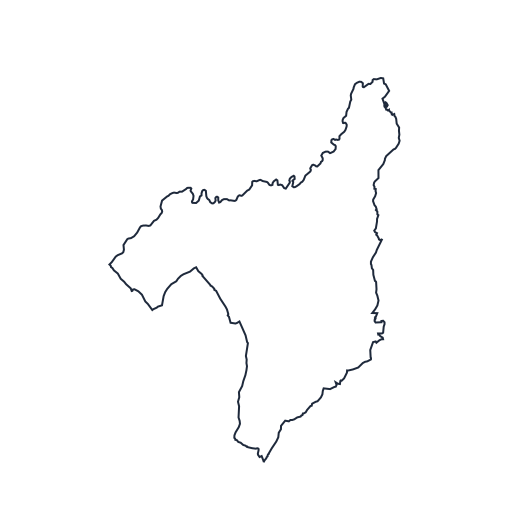 outline of Brosteni, Mehedinti, Romania, rotated 282°
{"feature_id": "2599482B37322909384444", "entity_name": "Brosteni", "entity_type": "district", "adm_level": 2, "iso_a3": "ROU", "parent_name": "Romania", "parent_adm1": "Mehedinti", "projection": "natural_earth1", "projection_center": [22.98, 44.752], "detail": "fine", "context": "isolated", "style": "outline", "palette": "slate", "viewbox_px": 512, "rotation_deg": 282, "n_neighbors": 0, "source": "geoboundaries", "source_scale": "gbopen_adm2", "svg_char_len": 6123}
<svg xmlns="http://www.w3.org/2000/svg" viewBox="0 0 512 512"><g transform="rotate(282 256 256)"><path d="M456.2,343.5L456.1,341.1L453.9,337.4L453.5,334.4L452.4,333.5L450.6,333.8L448.0,332.1L447.8,330.3L443.5,326.4L443.6,325.4L444.0,325.1L447.2,324.6L448.2,322.8L448.0,320.9L446.4,318.7L444.6,317.1L441.1,316.5L439.8,316.6L434.5,315.3L432.8,315.3L428.7,316.7L426.7,316.1L420.2,316.1L419.3,315.4L415.8,314.6L411.9,315.0L409.2,312.9L407.4,312.5L406.0,312.6L404.2,313.5L404.2,314.1L404.9,315.4L404.5,316.4L403.1,317.5L401.5,317.7L398.0,317.3L395.9,316.5L392.8,314.0L390.5,312.7L388.0,313.3L387.1,313.0L386.5,311.7L386.6,310.1L386.0,309.2L386.6,307.5L385.9,306.2L385.0,305.7L382.7,306.0L381.1,309.0L380.9,310.3L380.0,311.2L377.2,311.6L374.3,310.2L372.2,307.4L372.0,307.0L373.0,305.0L373.0,304.2L372.5,302.3L370.7,299.9L367.8,299.0L365.5,300.9L363.7,301.3L362.6,301.0L361.6,300.0L359.9,299.8L356.3,297.3L356.2,296.2L356.8,295.2L357.2,293.0L356.5,292.0L353.3,290.9L352.7,290.9L351.6,291.8L350.0,291.6L344.9,287.6L340.3,286.8L338.2,285.8L337.3,284.7L335.3,283.6L332.6,281.1L331.5,279.8L331.1,278.7L331.8,277.0L335.7,277.1L336.4,276.9L336.8,276.1L337.3,276.0L339.4,277.8L341.8,277.1L342.3,276.2L340.7,274.3L338.7,273.0L336.7,272.9L336.1,273.5L334.8,273.8L328.1,271.1L328.3,269.4L330.7,266.9L330.9,264.9L330.1,263.5L330.2,262.6L334.4,261.2L335.0,259.8L332.7,257.8L330.7,257.1L329.0,257.3L328.2,256.0L328.3,254.4L330.3,252.2L330.7,251.2L330.7,247.0L331.4,244.6L331.1,243.7L329.2,241.1L329.1,238.7L328.4,237.3L327.7,236.9L324.3,237.5L319.6,235.6L318.1,233.8L312.3,230.0L311.8,229.1L312.0,227.4L311.4,226.5L310.2,225.8L306.7,225.1L305.8,224.3L305.4,223.5L305.2,219.7L304.8,218.1L305.6,215.7L305.0,212.9L303.7,211.2L301.3,209.9L300.6,208.8L302.6,207.5L305.4,206.9L305.9,205.7L305.8,205.3L305.6,204.9L304.2,204.2L301.8,205.0L300.2,204.5L298.7,203.4L298.3,202.2L299.1,200.1L301.1,198.6L301.8,196.9L302.6,196.0L304.1,195.0L309.3,193.4L310.0,191.9L309.6,190.7L308.4,189.9L306.0,189.7L303.9,190.1L302.6,188.8L298.3,188.5L295.4,186.4L294.8,182.9L295.0,182.4L296.1,182.0L298.3,182.7L301.8,182.4L303.7,181.3L305.7,178.8L306.3,178.4L308.5,178.7L309.1,177.9L308.5,175.1L308.1,174.4L307.0,173.7L303.5,170.2L303.0,167.8L301.6,166.5L301.1,165.4L301.0,162.7L300.3,161.3L298.6,159.1L296.7,157.9L295.8,156.7L290.7,152.6L284.6,152.3L282.5,153.1L281.4,154.4L279.9,155.0L278.2,154.7L276.9,153.8L272.9,152.4L270.8,151.1L269.2,148.9L263.9,146.3L263.1,144.8L263.0,142.1L262.3,139.3L261.3,137.4L259.9,136.6L254.2,134.9L250.0,132.7L247.5,130.0L246.5,127.5L245.7,126.6L239.2,124.1L234.7,125.5L232.2,125.4L230.8,124.5L228.0,120.5L226.2,118.9L220.0,116.2L217.2,114.4L216.3,115.9L215.0,116.5L214.4,118.0L212.4,120.0L210.1,124.5L205.6,128.4L203.4,132.4L201.4,134.8L198.3,140.2L195.9,141.7L196.2,142.3L197.7,142.7L198.2,144.0L197.0,148.3L194.4,152.5L188.5,157.2L186.6,160.2L181.6,165.8L182.6,166.6L184.8,169.6L186.1,170.6L188.2,174.3L197.6,174.0L201.9,174.7L205.4,176.0L210.8,179.0L214.7,183.3L217.5,184.4L220.9,186.6L223.1,188.9L227.0,194.7L231.0,197.8L232.5,199.8L229.2,202.7L227.1,206.6L226.0,207.8L225.4,207.7L218.2,217.3L217.6,217.6L217.1,219.4L215.3,222.0L214.3,222.2L213.6,224.3L206.8,229.9L200.1,236.7L197.7,238.7L193.4,241.0L192.0,240.7L190.9,242.2L185.4,245.0L185.7,250.0L186.6,251.4L188.5,253.4L176.2,262.3L170.0,265.2L169.1,266.2L156.1,266.9L152.8,268.4L149.3,268.9L146.3,270.1L142.3,270.4L137.3,270.4L130.9,269.6L125.9,269.5L119.3,267.6L114.4,269.0L109.7,268.7L105.5,270.7L94.4,272.5L91.3,274.3L88.5,275.2L84.9,274.7L79.3,272.7L76.1,272.2L73.6,272.6L73.0,273.6L71.9,274.0L71.9,275.5L70.4,277.4L70.2,279.8L68.5,282.8L68.3,285.2L67.5,286.6L67.8,286.9L67.3,287.7L67.2,292.2L67.5,295.9L68.2,297.2L68.1,298.3L67.7,298.7L66.5,298.9L63.0,298.9L62.0,299.3L60.1,301.3L61.5,303.1L56.6,306.3L55.8,306.3L58.0,306.9L60.2,308.1L61.3,308.2L62.5,309.0L63.2,308.8L64.4,309.0L65.2,309.7L65.7,309.6L71.2,311.4L78.7,314.4L83.3,315.5L87.9,315.0L91.7,316.4L95.1,315.8L101.0,318.8L101.1,322.5L102.7,323.7L103.1,325.5L104.2,327.4L106.7,329.9L108.2,333.0L109.4,333.5L110.0,334.5L111.6,334.6L111.6,335.0L113.4,337.1L116.1,338.0L120.6,340.5L121.1,341.6L123.2,341.6L125.8,344.7L126.7,346.4L131.2,348.9L134.5,349.7L137.9,349.4L140.6,349.7L141.2,356.1L144.2,359.9L144.8,361.2L146.6,361.6L149.0,360.2L148.1,362.6L148.2,364.7L151.4,364.5L151.9,364.8L151.8,365.7L154.6,367.6L160.8,369.2L163.0,368.9L163.1,369.9L165.2,374.4L168.2,379.2L173.5,382.7L175.2,384.7L176.1,386.8L178.7,389.9L180.1,389.7L180.7,389.2L187.8,387.3L196.1,388.4L197.3,390.8L196.2,391.8L199.3,394.3L200.6,396.0L201.0,397.6L202.5,396.9L203.4,394.3L204.3,393.1L205.2,392.7L204.7,391.9L205.6,391.5L206.4,395.3L207.4,396.3L213.5,395.6L216.1,395.9L217.9,395.5L219.1,393.8L218.5,392.2L217.3,392.5L215.8,386.8L216.9,385.6L218.1,385.3L218.6,385.8L219.7,385.3L220.0,385.8L220.9,385.3L221.2,385.8L225.3,386.5L224.4,381.6L228.6,383.6L232.8,385.0L237.9,385.1L242.5,382.9L245.1,381.1L248.5,380.8L255.5,378.9L256.0,378.5L256.4,377.5L262.0,374.7L266.7,373.5L268.1,371.9L271.2,370.8L272.0,370.1L274.4,369.6L279.1,370.6L284.3,372.6L287.1,372.9L298.1,375.7L298.2,375.2L297.2,374.7L297.8,372.8L298.6,372.5L301.2,370.3L301.8,369.2L303.5,369.6L304.1,367.5L305.4,366.4L307.9,367.5L315.0,367.2L317.4,366.7L321.4,367.2L321.9,366.1L324.8,365.4L325.9,363.7L326.2,363.8L326.3,364.4L326.8,364.3L329.2,362.9L330.3,361.4L334.0,359.1L335.6,358.9L339.2,360.1L342.5,360.4L344.5,359.4L346.4,359.2L346.4,357.8L348.4,357.5L349.8,356.3L352.4,356.3L353.7,356.8L357.7,359.6L365.5,357.9L372.4,361.4L376.6,362.1L377.9,361.9L380.8,362.6L388.9,368.4L389.6,369.6L390.8,370.4L395.5,372.2L398.6,372.5L401.2,371.1L404.5,371.0L408.2,369.8L411.4,369.3L414.7,366.1L419.3,364.6L421.0,363.5L421.6,362.5L423.6,361.7L422.5,360.2L423.2,359.6L423.0,359.3L424.5,358.8L424.3,358.3L425.6,356.4L425.8,355.7L426.6,355.6L425.8,354.7L426.4,353.8L426.2,353.0L428.0,351.8L428.8,350.6L430.3,350.1L430.9,350.6L430.1,351.5L429.1,351.3L428.6,352.3L429.5,353.1L430.3,352.5L430.8,352.8L431.1,353.3L432.7,351.9L432.9,351.5L432.5,351.0L433.2,350.6L432.3,349.4L436.2,347.0L438.6,349.0L445.2,351.9L450.9,347.2L451.3,345.4L456.2,343.5Z" fill="none" stroke="#1e293b" stroke-width="2"/></g></svg>